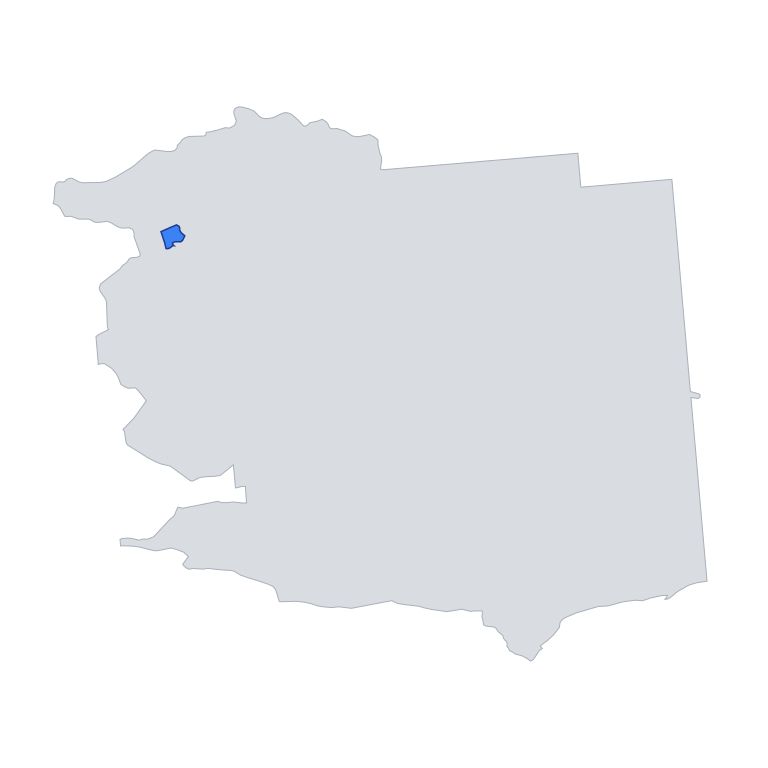 Gereida, Southern Darfur, Sudan shown in context, rotated 85°
{"feature_id": "16777658B8719376045507", "entity_name": "Gereida", "entity_type": "district", "adm_level": 2, "iso_a3": "SDN", "parent_name": "Sudan", "parent_adm1": "Southern Darfur", "projection": "equal_earth", "projection_center": [25.542, 11.151], "detail": "fine", "context": "in_parent", "style": "filled", "palette": "blue", "viewbox_px": 768, "rotation_deg": 85, "n_neighbors": 0, "source": "geoboundaries", "source_scale": "gbopen_adm2", "svg_char_len": 4379}
<svg xmlns="http://www.w3.org/2000/svg" viewBox="0 0 768 768"><g transform="rotate(85 384 384)"><path d="M522.4,660.5L515.8,660.5L515.1,658.4L515.2,652.7L515.9,648.5L518.2,641.7L517.5,638.0L517.9,632.7L516.1,626.7L500.3,609.3L497.2,604.6L488.7,600.2L490.2,595.3L486.4,559.9L488.1,555.8L488.5,549.6L488.4,544.2L490.3,535.1L490.5,531.3L473.9,531.0L473.7,534.9L474.5,539.2L474.5,541.0L451.4,541.1L460.8,555.0L461.2,561.1L460.8,568.7L461.0,573.5L461.5,576.7L464.0,582.9L463.9,584.1L463.3,585.6L447.1,604.1L444.4,612.7L442.2,617.2L437.5,624.8L422.6,644.6L420.2,646.0L408.8,646.7L407.6,647.1L406.7,648.0L406.3,647.8L396.4,636.2L379.9,622.2L369.0,629.5L366.1,632.1L366.0,638.9L364.4,642.3L361.5,646.1L353.5,648.4L349.3,650.5L344.3,654.3L339.4,660.6L339.1,663.9L339.6,666.9L311.8,666.8L310.0,664.4L305.9,653.9L303.1,654.6L277.8,653.3L274.2,654.4L266.9,658.7L263.3,659.4L259.5,657.5L246.2,636.8L243.3,634.3L240.3,629.4L237.4,627.2L236.5,625.7L236.2,623.5L236.3,619.0L235.3,616.1L233.2,615.5L215.3,620.2L212.8,619.7L209.0,620.6L207.7,621.4L206.2,624.1L206.0,629.8L205.5,632.6L204.1,635.7L199.0,642.7L197.9,645.8L198.1,653.5L197.8,657.4L197.0,659.2L194.8,662.2L194.0,663.9L193.1,673.8L190.3,679.8L189.6,681.9L189.4,686.2L189.0,687.5L180.9,691.0L177.9,693.1L176.0,696.5L175.5,697.9L172.1,696.7L167.7,695.9L159.2,694.8L155.8,693.2L154.2,690.9L154.8,684.9L153.9,683.6L152.6,682.5L151.7,679.9L151.8,676.8L156.3,669.9L157.3,666.2L158.5,648.8L158.1,643.5L154.6,633.8L146.5,617.0L144.6,613.7L134.5,599.9L133.3,597.9L130.9,592.0L133.6,579.3L133.8,575.7L133.1,572.1L130.5,569.4L128.3,569.1L125.3,565.6L123.3,564.1L121.6,561.1L120.4,556.9L121.3,541.9L120.7,539.9L118.2,539.3L117.6,538.2L117.7,535.4L116.3,526.8L114.8,519.8L115.6,515.9L113.5,510.5L109.4,508.2L101.3,510.0L98.8,509.7L97.0,508.7L95.8,506.8L95.2,504.4L95.8,501.0L98.1,494.6L101.0,489.4L106.9,484.6L108.4,482.1L109.3,479.3L109.5,476.0L109.1,472.6L108.5,469.5L106.8,465.4L105.2,460.6L105.2,457.3L106.0,455.0L107.6,452.2L113.3,446.7L119.3,442.1L120.3,440.5L119.9,438.5L117.2,434.8L116.4,427.5L114.9,422.4L117.9,418.5L120.2,417.1L123.6,416.0L125.0,414.4L125.4,411.3L125.3,408.4L126.5,406.2L128.2,401.5L129.6,399.4L134.1,393.9L135.1,390.4L135.4,387.0L134.2,376.7L136.9,372.4L140.2,368.8L145.0,369.1L152.4,368.3L157.4,366.8L161.0,366.8L169.2,368.8L170.1,367.9L170.5,365.2L171.0,170.8L204.7,170.8L205.1,170.5L205.2,79.4L416.5,79.5L418.3,79.2L421.5,70.7L422.9,70.1L425.0,70.6L425.8,72.5L424.2,79.4L608.6,79.4L609.2,89.8L611.0,98.1L616.5,110.0L621.1,116.4L622.8,119.9L623.0,121.5L622.9,123.0L621.5,121.3L619.2,120.1L619.0,125.7L620.4,137.1L622.4,145.1L621.3,152.5L621.8,165.1L624.6,180.1L624.3,189.8L628.7,212.2L632.8,224.7L635.0,227.8L637.3,229.5L641.8,230.5L648.6,236.9L653.9,243.6L655.9,247.2L658.5,251.0L660.2,250.3L661.3,249.3L663.0,252.4L671.5,259.2L672.8,262.3L669.9,265.4L666.6,270.6L665.0,275.6L664.2,277.1L661.5,280.2L661.0,281.7L659.9,282.6L658.6,282.7L655.8,284.4L653.3,283.8L650.7,284.8L649.8,285.9L647.8,287.0L645.0,287.5L640.8,291.7L637.1,293.7L635.8,295.4L634.0,303.7L632.6,305.8L627.1,306.1L624.4,306.8L620.6,305.9L618.8,306.0L618.4,307.8L617.9,314.9L618.0,317.9L615.1,326.1L616.3,341.3L613.5,352.7L613.1,355.3L610.2,364.3L608.7,367.7L605.1,384.6L603.7,389.8L600.5,395.3L604.6,436.0L602.0,448.5L602.2,455.4L600.4,465.4L599.0,470.1L596.5,475.7L594.5,482.0L592.8,490.3L591.9,506.0L591.3,507.4L581.3,509.4L578.2,510.5L576.1,512.2L573.6,516.3L568.7,527.4L566.1,534.1L562.0,543.4L557.2,550.0L556.3,553.2L555.5,559.2L553.8,568.6L552.3,575.3L552.6,580.7L551.2,590.0L551.5,594.6L549.8,597.2L547.5,599.6L545.9,600.2L538.9,593.9L534.1,598.2L531.1,604.3L528.8,610.4L530.3,623.4L530.2,626.2L529.5,629.3L525.0,642.1L523.7,647.9L522.4,658.1L522.4,660.5Z" fill="#d9dde1" stroke="#a8b0b8" stroke-width="1"/><path d="M227.6,581.6L227.7,581.3L227.0,581.9L226.9,582.0L226.7,582.1L226.3,582.5L225.4,582.3L225.2,582.3L224.4,580.9L224.1,579.6L224.2,579.0L224.3,576.7L224.6,575.0L224.6,573.9L223.9,572.9L223.3,572.1L219.0,569.5L217.7,570.8L216.4,572.1L215.8,572.7L213.5,573.9L212.1,574.2L211.0,573.9L209.2,574.3L208.3,575.5L207.4,576.9L208.6,580.4L208.9,581.5L212.8,592.9L224.6,590.1L230.0,589.4L230.1,589.2L230.3,588.0L230.4,587.8L230.3,587.6L230.2,586.8L230.0,586.1L230.0,585.8L229.9,585.7L229.4,584.9L228.7,583.7L228.3,583.0L227.9,582.2L227.7,582.0L227.6,581.9L227.6,581.7L227.6,581.6Z" fill="#3b82f6" stroke="#1e3a8a" stroke-width="1.5"/></g></svg>